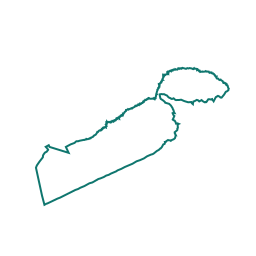 outline of Itilima, Simiyu, United Republic of Tanzania, rotated 155°
{"feature_id": "72390352B56378812232391", "entity_name": "Itilima", "entity_type": "district", "adm_level": 2, "iso_a3": "TZA", "parent_name": "United Republic of Tanzania", "parent_adm1": "Simiyu", "projection": "robinson", "projection_center": [34.228, -2.888], "detail": "fine", "context": "isolated", "style": "outline", "palette": "teal", "viewbox_px": 256, "rotation_deg": 155, "n_neighbors": 0, "source": "geoboundaries", "source_scale": "gbopen_adm2", "svg_char_len": 5772}
<svg xmlns="http://www.w3.org/2000/svg" viewBox="0 0 256 256"><g transform="rotate(155 128 128)"><path d="M236.2,93.7L234.0,93.9L233.1,93.7L221.7,93.8L219.0,93.6L201.9,94.1L198.9,93.8L196.5,94.0L192.1,93.8L186.3,94.2L183.3,93.7L176.4,94.3L174.5,94.0L170.7,93.8L167.8,94.1L165.3,93.7L162.8,93.9L157.1,93.7L155.4,94.0L151.3,93.8L147.3,94.0L139.0,93.7L134.3,94.2L130.8,93.8L126.4,93.7L122.7,94.3L118.6,94.2L116.7,93.9L115.5,94.0L111.5,95.0L109.4,95.1L107.4,95.8L107.0,95.7L105.4,96.4L103.0,98.2L101.6,98.1L101.1,98.7L100.5,99.1L100.4,99.7L99.7,99.4L98.9,99.9L96.8,100.2L96.4,99.7L94.8,98.9L94.6,98.3L93.3,98.6L91.3,98.5L89.8,98.9L88.7,100.1L87.8,101.5L87.8,101.8L87.7,101.7L87.7,103.3L87.5,104.4L84.4,105.2L84.0,105.5L83.5,106.7L82.7,107.1L81.8,109.6L81.0,110.3L80.3,110.3L81.2,111.3L82.6,111.6L82.4,113.9L82.7,115.2L83.3,115.6L83.9,116.7L80.9,119.3L81.3,120.3L81.3,122.6L80.3,122.6L79.5,122.0L79.6,123.2L79.2,125.0L79.4,125.7L79.2,127.1L79.6,130.2L80.5,132.5L83.6,135.2L83.6,136.1L84.6,138.3L86.0,140.5L86.1,141.2L85.4,144.3L85.1,145.1L83.5,144.7L82.1,143.8L81.2,143.5L80.7,143.1L80.3,142.4L78.9,140.9L78.5,139.3L77.8,137.9L76.9,137.1L76.4,136.1L75.7,135.7L74.1,135.6L73.5,134.0L72.8,133.1L69.9,131.8L67.9,131.2L65.6,128.6L62.6,125.9L59.7,124.8L59.7,123.6L59.1,122.2L58.3,123.5L57.5,124.4L56.4,124.2L53.8,124.4L52.8,123.5L52.2,122.0L49.5,122.2L49.2,121.3L48.4,119.9L47.5,118.8L46.8,118.9L46.4,118.4L46.0,118.4L43.1,120.1L42.3,119.8L41.0,118.9L39.6,118.7L39.8,118.0L39.2,116.7L39.1,116.0L35.6,118.7L35.2,118.9L34.5,118.8L33.7,119.1L32.9,119.1L31.8,117.8L31.3,116.5L30.3,116.0L26.7,117.7L24.2,119.4L23.9,119.5L22.9,119.4L21.1,119.8L20.6,120.7L20.1,121.0L20.2,122.2L19.8,124.4L20.6,125.1L20.7,125.5L20.1,125.7L20.0,126.1L20.8,126.9L20.6,127.2L21.6,128.5L21.9,128.6L22.2,128.3L22.5,128.5L22.4,130.4L23.5,132.1L23.6,132.7L24.6,132.7L25.2,133.5L25.4,134.6L26.6,135.4L26.6,136.4L26.0,137.1L26.7,137.3L26.9,137.7L26.7,138.1L26.8,138.9L27.2,139.1L27.2,140.4L27.7,140.9L27.8,141.5L28.5,141.7L29.1,142.5L28.8,143.0L29.0,143.2L29.9,143.6L30.7,143.5L30.9,143.7L31.0,145.0L31.8,145.3L32.4,145.8L33.2,146.0L33.5,146.7L34.3,146.6L36.3,147.3L36.6,147.7L37.2,147.7L37.8,148.1L38.9,148.3L38.8,149.8L39.1,150.0L39.6,149.8L39.9,151.0L40.9,151.2L40.3,152.2L41.7,153.2L42.9,153.8L42.9,154.3L43.4,154.2L43.8,153.7L44.1,153.8L45.2,155.1L46.9,156.3L48.0,156.4L49.0,157.2L50.4,157.1L53.3,159.5L54.3,159.1L54.7,159.8L56.0,159.7L56.1,160.3L57.2,160.9L57.9,160.2L58.8,160.1L59.2,160.5L59.7,160.7L60.2,161.3L60.5,160.9L60.9,160.9L61.7,161.7L62.3,161.5L62.7,161.7L63.0,161.4L63.2,161.7L63.8,161.4L64.2,162.0L65.0,162.0L65.2,161.4L65.9,162.1L67.0,161.8L67.7,162.3L68.2,162.4L68.8,162.2L69.0,161.7L69.0,161.4L68.6,161.5L68.1,160.8L68.3,160.5L68.7,160.4L68.8,160.0L69.5,160.7L69.9,160.2L70.5,160.5L70.6,161.1L70.7,160.7L71.7,160.3L71.9,160.8L72.1,160.8L72.0,161.3L72.4,160.8L72.6,160.8L72.9,161.1L73.6,160.4L73.6,160.2L73.2,160.1L73.5,159.7L74.2,159.2L74.3,159.9L74.8,158.7L75.6,158.2L76.3,157.4L76.2,157.0L76.6,157.2L76.8,156.8L77.3,156.5L77.7,155.8L78.4,155.6L78.7,155.1L78.8,155.1L78.9,155.5L79.4,155.0L80.3,155.0L80.8,154.2L81.5,154.7L81.6,154.4L81.3,153.9L81.8,153.3L81.7,152.8L82.2,152.5L82.2,152.1L82.7,152.1L83.1,151.5L83.6,151.5L83.6,151.0L85.1,150.4L85.1,149.9L86.2,149.0L87.6,147.2L87.6,146.9L87.9,146.8L87.7,146.3L88.1,146.2L88.3,146.2L88.9,145.6L89.6,144.4L90.2,144.2L90.7,143.8L91.2,143.9L90.8,143.1L91.2,143.0L91.6,143.6L91.9,143.0L92.6,143.9L95.5,145.1L96.4,145.8L96.4,146.4L96.8,146.6L97.1,146.5L97.4,146.0L97.9,145.8L98.2,146.0L98.8,145.9L98.9,146.1L99.8,145.7L100.3,145.9L100.5,146.2L100.9,145.9L101.4,146.0L101.8,145.6L102.5,145.7L102.8,145.0L103.3,145.3L103.6,144.9L104.1,144.6L104.3,144.8L105.2,144.6L105.5,144.9L106.2,144.7L106.4,144.3L106.8,144.3L107.1,144.8L107.4,144.3L108.2,144.2L108.5,144.7L108.7,144.3L109.3,144.8L110.5,144.4L110.7,144.7L111.3,144.5L111.6,145.0L112.0,145.1L112.8,144.4L114.7,144.3L115.6,144.4L115.6,144.1L116.3,143.9L117.1,144.5L118.3,144.5L118.5,144.4L118.8,144.6L119.4,144.6L119.8,145.0L120.0,144.7L120.2,144.9L121.5,145.0L122.1,144.7L122.3,144.9L122.6,144.3L124.2,144.0L124.5,143.6L125.9,143.0L126.3,143.2L126.4,142.7L126.7,142.7L127.0,142.0L127.6,142.1L127.8,141.7L128.4,142.5L129.0,142.2L129.0,141.8L129.6,141.7L129.8,142.1L130.2,141.8L130.8,141.9L131.0,141.3L131.6,140.9L131.5,141.3L131.9,141.5L132.0,141.2L132.1,141.5L132.4,141.4L132.4,141.0L132.7,141.4L133.2,141.2L133.2,141.4L133.4,141.5L133.6,141.3L133.7,141.6L134.3,141.7L134.8,140.9L135.2,141.0L135.6,140.7L135.5,140.4L135.9,140.2L136.3,140.5L136.7,140.3L136.7,140.8L137.0,140.9L137.9,140.7L138.0,140.5L138.4,140.5L138.6,140.2L138.9,140.7L139.2,140.6L139.4,141.0L140.1,140.6L140.3,140.8L140.8,140.4L141.2,140.9L141.7,140.6L142.0,141.2L142.7,141.2L143.5,142.0L144.4,141.6L144.5,142.2L144.7,141.8L145.0,141.7L145.3,142.0L145.5,141.2L145.8,141.1L145.7,140.6L146.1,140.2L146.5,140.2L146.3,139.7L147.1,139.0L146.9,138.6L147.8,138.3L147.9,137.9L148.5,138.6L149.1,138.6L149.4,138.4L149.7,138.7L150.1,138.4L150.6,138.8L151.1,138.5L151.5,137.8L152.1,137.6L152.3,137.9L152.5,137.5L153.8,137.2L154.0,137.3L153.8,137.5L154.0,137.8L155.5,137.8L156.3,137.5L156.7,137.1L157.3,137.0L157.6,137.3L158.2,136.7L160.1,135.6L162.4,135.5L162.7,135.1L163.6,134.8L165.7,134.9L166.1,134.5L166.5,134.6L166.9,134.9L167.5,134.8L167.6,134.6L168.3,134.9L168.9,134.8L169.5,135.0L170.3,135.7L170.7,135.3L171.5,135.6L172.3,135.5L172.7,135.8L177.2,136.9L179.0,137.1L180.0,137.7L181.1,137.7L182.2,137.2L183.2,137.1L186.9,137.4L192.3,137.1L192.3,130.6L207.1,144.0L207.1,145.9L210.5,145.7L209.8,143.5L209.6,142.0L211.7,140.9L213.7,140.8L215.9,139.6L216.8,138.8L217.4,137.6L218.0,137.2L222.5,134.9L226.4,132.6L228.2,130.9L234.4,103.5L234.2,103.5L234.4,103.5L234.6,102.5L236.2,93.7Z" fill="none" stroke="#0f766e" stroke-width="2"/></g></svg>